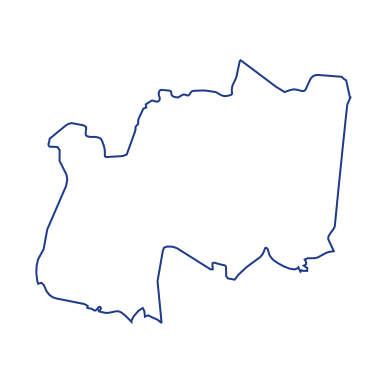 SVG path tracing the border of Jizzakh, rotated 99°
{"feature_id": "UZB-370", "entity_name": "Jizzakh", "entity_type": "Region", "adm_level": 1, "iso_a3": "UZB", "parent_name": "Uzbekistan", "parent_adm1": "", "projection": "albers", "projection_center": [67.735, 40.342], "detail": "fine", "context": "isolated", "style": "outline", "palette": "blue", "viewbox_px": 384, "rotation_deg": 99, "n_neighbors": 0, "source": "natural_earth", "source_scale": "10m", "svg_char_len": 4022}
<svg xmlns="http://www.w3.org/2000/svg" viewBox="0 0 384 384"><g transform="rotate(99 192 192)"><path d="M322.4,219.0L317.0,220.5L314.3,222.5L317.7,226.3L323.7,230.0L328.4,231.7L329.7,231.5L324.1,239.1L322.1,242.9L321.5,244.8L321.4,246.1L321.5,247.3L321.7,248.2L322.2,249.8L322.6,250.8L322.7,251.0L323.0,251.6L324.1,254.7L324.6,256.4L324.8,257.3L324.9,258.9L324.6,264.7L324.1,265.6L323.6,265.7L323.2,265.0L322.6,264.3L321.9,263.9L321.1,263.8L320.0,264.5L319.9,265.2L320.2,265.9L320.8,266.4L323.2,268.0L323.9,268.5L324.3,269.2L324.1,270.2L323.7,271.4L323.0,272.9L323.0,275.6L322.7,277.4L322.3,277.3L320.8,277.2L319.5,280.9L318.4,309.0L317.7,313.2L316.0,316.6L312.8,320.1L307.1,323.8L305.3,326.4L305.7,327.5L306.7,329.6L304.1,330.9L295.9,333.2L289.2,333.9L282.6,333.5L271.7,329.6L251.6,329.1L205.7,317.3L199.4,317.1L194.5,318.7L182.0,327.7L171.3,329.3L168.6,331.9L169.5,339.7L169.0,340.3L168.5,340.8L167.9,341.1L167.2,341.3L163.7,340.8L161.7,341.0L151.6,332.0L146.0,327.0L144.1,324.7L142.8,321.8L143.1,309.8L143.6,308.4L144.3,306.8L146.2,306.4L150.2,306.3L151.3,306.1L152.6,305.6L153.1,304.8L153.4,303.8L153.5,301.7L153.5,300.7L153.2,298.9L153.0,298.0L152.8,296.8L152.7,295.3L152.9,292.7L153.2,291.5L153.4,290.8L154.5,289.7L156.6,288.2L160.8,286.0L163.7,284.9L167.3,284.1L168.3,284.1L170.4,283.5L170.9,282.1L167.3,265.9L165.1,262.3L142.0,257.9L138.9,257.5L137.6,257.9L136.3,257.8L135.4,257.3L133.3,255.9L132.3,255.9L131.4,256.2L129.3,256.3L127.7,256.1L117.3,253.1L115.7,250.4L115.1,250.7L114.5,250.8L112.7,251.4L108.1,246.2L107.9,245.3L107.9,243.9L108.3,242.7L108.2,240.4L107.5,239.3L106.6,238.6L105.6,238.4L104.7,238.5L104.1,238.6L101.5,239.9L100.7,240.2L99.6,240.3L98.5,240.2L97.0,239.9L96.4,239.1L95.9,238.2L95.4,230.4L95.5,229.4L95.9,228.7L96.6,228.2L99.1,227.4L99.8,226.9L100.2,226.3L100.8,224.8L100.9,220.7L97.3,216.2L96.9,214.8L97.0,213.6L97.3,212.5L97.4,211.3L97.0,210.6L96.3,209.9L93.6,208.6L92.5,207.8L92.1,206.9L91.8,206.1L90.0,197.0L89.7,194.1L89.6,185.9L89.6,184.7L89.8,183.6L90.1,182.6L91.2,180.0L92.0,177.4L92.2,175.0L91.9,173.4L91.4,171.7L90.4,169.5L89.8,168.4L89.0,167.9L88.3,167.9L84.8,168.7L81.7,168.8L79.6,168.4L77.5,167.8L72.0,166.2L55.3,165.3L54.3,164.5L75.0,125.3L78.8,116.1L75.9,110.9L74.8,107.8L74.6,107.0L74.6,104.1L74.9,101.0L75.0,99.3L75.0,98.0L74.7,97.2L74.2,96.6L73.5,96.0L61.7,92.6L59.9,91.5L59.1,91.0L58.0,89.6L57.3,88.1L57.0,87.3L56.7,86.3L54.8,62.1L56.5,59.9L57.6,57.2L73.7,50.9L73.8,50.3L75.9,50.9L81.3,52.3L96.5,51.6L109.3,50.9L128.4,49.9L142.4,49.1L159.1,48.2L169.8,47.6L186.7,46.6L203.5,45.6L205.0,46.0L206.5,46.4L209.2,47.9L212.0,49.3L213.4,49.8L214.9,50.3L216.1,50.2L217.4,50.0L221.2,47.4L225.0,44.9L226.6,43.8L228.3,42.7L229.1,45.2L229.9,47.7L230.0,47.8L230.6,48.9L231.1,49.9L234.0,53.7L236.9,57.5L237.6,59.0L238.2,60.6L238.8,63.9L239.3,67.3L240.2,68.7L241.1,70.1L241.8,69.5L242.6,68.8L243.5,68.4L244.3,68.0L245.1,68.1L245.9,68.3L246.6,69.2L247.3,70.1L248.2,68.2L249.1,66.2L250.5,66.1L251.9,65.9L252.2,67.8L252.4,69.6L252.5,69.8L252.5,70.0L252.3,70.8L252.2,71.6L252.8,71.8L253.4,72.0L253.6,72.2L253.8,72.4L252.3,73.5L250.8,74.6L250.2,74.9L249.7,75.2L250.2,75.5L250.7,75.7L251.1,76.2L251.4,76.6L251.9,77.6L252.4,78.6L252.4,81.1L252.4,83.6L251.8,86.5L251.2,89.4L250.2,92.3L249.2,95.1L248.2,97.4L247.2,99.6L246.5,100.8L245.8,101.9L244.8,103.0L243.9,104.1L242.8,105.0L241.7,105.9L239.4,106.9L237.1,108.0L236.5,108.5L235.9,109.1L235.7,109.8L235.5,110.4L235.9,110.8L236.3,111.1L239.0,111.6L241.6,112.2L243.6,113.3L245.6,114.4L251.6,120.4L257.7,126.4L262.1,129.8L266.6,133.3L271.9,136.1L271.7,143.1L269.9,145.0L262.7,146.3L260.9,146.7L260.2,147.0L259.6,147.5L259.3,148.4L259.1,152.6L258.3,159.0L258.6,159.9L259.3,160.6L261.5,160.3L263.9,159.6L265.1,159.4L265.5,161.6L250.0,197.7L249.5,200.1L249.1,202.8L249.7,207.6L250.3,209.0L251.0,210.3L251.5,211.0L255.2,211.6L285.4,212.1L325.1,201.8L325.7,201.8L325.8,202.2L325.1,203.4L324.5,204.3L324.0,205.2L323.4,206.5L321.7,213.1L321.1,214.4L320.7,215.9L322.3,218.9L322.4,219.0L322.4,219.0Z" fill="none" stroke="#1e3a8a" stroke-width="2"/></g></svg>